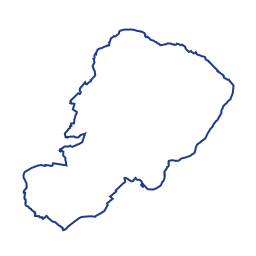 Prigoria, Gorj, Romania, rotated 177°
{"feature_id": "2599482B96975786265772", "entity_name": "Prigoria", "entity_type": "district", "adm_level": 2, "iso_a3": "ROU", "parent_name": "Romania", "parent_adm1": "Gorj", "projection": "albers", "projection_center": [23.699, 45.065], "detail": "fine", "context": "isolated", "style": "outline", "palette": "blue", "viewbox_px": 256, "rotation_deg": 177, "n_neighbors": 0, "source": "geoboundaries", "source_scale": "gbopen_adm2", "svg_char_len": 5787}
<svg xmlns="http://www.w3.org/2000/svg" viewBox="0 0 256 256"><g transform="rotate(177 128 128)"><path d="M130.9,225.6L131.6,224.8L132.2,222.9L132.6,222.4L135.7,220.3L136.4,220.1L137.3,220.5L137.5,220.2L138.5,219.4L140.1,218.7L140.8,217.3L141.4,215.6L141.8,215.0L142.3,214.6L142.0,214.4L142.0,213.9L142.5,212.1L142.4,211.9L142.8,211.3L144.3,211.3L144.5,211.5L145.2,210.9L147.5,210.4L149.5,209.4L153.2,208.5L154.5,207.5L154.7,206.7L155.3,205.9L155.9,204.9L155.8,204.2L156.0,203.3L156.7,203.8L157.7,202.3L157.8,201.6L157.7,200.5L157.8,199.6L158.1,199.2L158.9,198.8L158.3,197.8L158.4,196.9L158.1,195.8L158.3,194.6L160.1,192.0L159.9,190.6L159.2,189.0L159.2,188.0L158.5,187.2L158.3,186.5L158.1,185.5L158.2,184.5L158.0,183.5L158.0,182.2L160.5,179.7L161.6,178.8L162.1,177.9L162.7,177.7L162.4,177.1L162.5,176.9L165.7,174.9L166.9,173.7L167.6,174.0L167.7,174.3L168.1,174.5L168.1,175.1L168.4,175.9L172.5,171.4L173.7,170.3L173.9,169.9L174.1,169.3L174.2,167.8L174.2,167.5L173.5,166.7L173.3,166.0L173.9,164.8L174.4,164.4L175.1,164.9L176.0,165.2L183.9,158.3L184.1,157.9L183.7,157.6L183.6,157.3L184.4,155.8L183.3,155.3L181.1,155.3L180.7,154.9L180.2,154.7L182.1,149.5L178.2,146.5L178.6,145.0L179.6,143.8L180.4,141.1L181.2,139.3L181.2,138.0L181.8,135.3L183.6,135.6L184.6,135.5L184.8,135.1L184.4,133.0L185.9,132.9L185.7,131.2L186.3,130.7L187.3,130.4L188.6,128.6L191.4,125.8L190.8,122.1L189.1,122.3L189.0,121.6L187.3,122.3L182.3,122.4L181.5,121.6L181.1,121.5L179.7,121.2L178.0,121.3L177.7,121.4L176.7,122.7L176.2,122.8L175.8,123.4L173.8,124.0L172.1,124.2L171.2,124.6L174.5,116.1L174.8,115.9L175.7,115.7L177.8,114.5L178.7,114.2L179.0,114.3L180.4,113.8L181.2,113.2L182.9,112.8L184.1,112.2L184.7,112.2L185.9,112.6L186.3,112.8L186.7,113.4L188.4,112.6L190.4,112.6L190.9,112.9L191.9,112.9L192.6,112.7L193.8,111.7L194.4,111.6L194.5,111.2L194.9,110.9L195.7,110.5L196.6,110.5L196.9,110.4L197.6,108.9L197.0,108.1L196.3,108.1L195.4,108.7L193.8,107.7L194.1,104.0L193.8,103.2L193.1,102.8L192.1,101.4L192.2,99.1L191.8,97.4L191.7,95.1L191.4,93.9L204.6,96.7L205.0,95.2L205.7,94.3L206.1,94.2L207.5,94.3L209.1,94.8L212.5,95.4L212.6,94.6L213.7,94.6L216.9,95.6L220.4,95.1L224.7,93.6L226.1,93.3L233.6,89.4L234.8,86.3L234.9,85.3L234.6,82.9L233.7,81.9L233.1,79.7L232.4,78.8L232.3,75.7L232.2,74.9L232.5,74.3L232.3,73.8L232.7,73.0L233.4,72.7L234.3,71.6L235.2,70.8L235.4,70.3L235.6,69.4L235.5,68.9L234.6,69.1L234.0,68.7L234.6,66.9L234.6,66.0L234.8,65.5L234.9,64.6L235.2,64.4L234.9,63.8L235.0,62.9L234.7,62.2L234.2,62.1L234.3,61.8L234.1,61.5L233.9,60.4L234.3,59.4L234.0,59.0L234.4,58.6L234.3,58.1L234.4,56.8L233.7,55.7L231.5,54.6L231.1,54.1L231.0,53.5L230.4,52.9L229.7,52.7L229.0,52.2L228.9,51.8L228.4,51.0L225.4,48.8L225.8,48.2L225.0,47.6L225.4,45.7L225.1,45.6L225.3,45.0L223.0,44.6L221.6,44.8L221.3,44.2L220.6,43.3L219.5,43.5L218.4,43.3L218.6,42.9L217.8,41.7L215.4,43.1L214.1,44.5L213.1,43.9L212.7,42.5L211.2,41.4L209.3,39.3L207.8,38.4L206.0,37.9L205.0,37.2L204.7,36.7L203.6,35.7L203.0,35.4L202.7,34.7L201.9,34.1L200.8,33.8L200.2,32.8L199.4,32.2L198.6,32.0L198.6,30.5L198.4,30.1L198.3,30.3L197.8,30.1L197.5,29.5L196.9,29.6L194.9,30.7L193.3,32.5L186.7,37.1L181.4,40.6L179.4,41.4L176.7,41.7L171.5,41.8L169.7,41.8L165.3,41.1L165.2,41.6L158.7,44.8L156.1,46.3L153.8,49.6L153.1,51.2L152.2,52.1L152.3,52.3L152.5,52.3L152.7,54.0L147.0,58.1L149.5,60.6L147.0,62.2L146.2,63.0L143.4,64.9L143.1,65.2L143.6,66.2L135.5,73.1L134.1,73.9L133.5,74.7L133.6,75.0L134.2,78.1L133.0,78.3L132.8,78.2L131.0,77.2L130.2,76.3L128.6,75.6L128.1,74.8L127.9,74.7L126.4,74.6L125.3,75.0L125.2,75.2L125.3,75.5L125.1,75.8L123.7,76.9L123.2,77.8L122.7,77.4L122.4,76.6L121.4,75.7L119.4,75.7L118.7,75.4L118.5,75.0L117.2,73.9L117.2,73.2L116.1,71.4L116.8,70.7L117.3,71.2L117.9,70.5L116.7,68.9L116.2,68.5L115.3,69.9L115.0,70.0L112.0,66.4L111.2,65.8L105.9,65.2L102.3,66.5L101.1,67.3L98.5,68.7L96.8,71.6L96.6,72.4L95.2,73.4L95.0,73.8L94.5,75.4L94.2,76.0L94.2,76.3L93.9,77.1L94.0,77.3L94.1,78.4L93.8,78.6L93.7,79.4L94.0,79.7L94.1,80.0L93.7,80.9L93.9,81.1L93.9,81.4L94.1,81.9L93.8,82.7L93.0,83.7L92.5,84.0L92.4,84.4L92.0,84.7L91.7,85.6L91.1,86.1L91.0,86.9L90.4,87.2L89.9,87.3L89.1,88.5L89.3,89.2L89.3,89.7L89.5,90.4L89.4,90.8L89.1,91.2L89.3,92.1L88.9,93.0L88.5,93.0L86.8,93.5L84.4,93.3L82.4,92.7L79.2,92.7L78.2,93.2L77.3,94.2L76.3,94.7L71.9,95.6L67.2,97.0L65.5,98.2L63.1,99.5L62.5,100.5L62.4,101.4L62.0,102.1L61.2,105.3L60.5,106.7L59.9,107.6L59.2,108.3L56.5,109.9L55.5,110.9L51.7,113.2L50.7,114.7L48.7,118.5L47.2,120.5L46.2,122.3L43.2,125.2L43.0,126.3L40.7,129.2L39.7,130.3L38.5,131.0L37.7,132.0L36.7,134.0L35.4,135.7L33.9,138.3L33.8,140.6L32.4,142.8L31.9,144.4L30.6,145.9L28.3,147.6L27.0,149.3L24.1,151.5L23.7,152.9L22.6,154.9L21.5,157.6L20.4,164.8L20.9,165.5L21.0,165.8L24.6,170.5L24.6,170.8L25.3,170.7L29.5,173.2L29.7,174.7L29.9,174.8L29.7,175.2L29.7,175.4L31.1,176.6L31.8,177.0L34.4,179.3L34.7,179.1L35.6,180.0L35.2,180.3L42.5,188.7L43.2,189.4L43.6,189.6L44.0,190.1L43.9,190.4L44.2,190.9L45.8,191.6L47.0,192.6L47.1,193.4L47.0,194.3L48.4,195.4L49.9,195.6L53.1,197.1L54.7,197.6L55.4,198.1L56.3,200.2L57.2,199.3L58.2,199.1L58.7,199.3L59.5,199.9L60.8,201.0L60.9,201.5L63.3,200.8L63.6,201.3L65.0,202.6L66.3,204.2L66.6,206.1L67.4,206.6L67.5,206.9L68.2,207.4L68.8,207.5L69.1,208.0L69.8,208.5L71.2,207.9L73.5,209.4L74.1,209.4L74.6,209.7L75.8,208.6L76.6,208.7L77.1,208.5L77.4,209.0L79.5,209.2L80.0,209.8L80.8,210.1L83.8,210.4L84.4,210.3L85.3,209.7L91.4,209.0L92.5,210.3L94.3,211.3L95.4,212.3L96.6,212.8L97.7,213.8L100.6,214.8L102.7,217.2L103.1,217.2L103.2,217.7L103.9,218.1L104.2,218.2L104.8,217.8L105.2,217.8L106.1,218.9L106.2,219.3L105.9,219.7L105.8,220.3L106.3,220.9L106.4,221.7L107.8,222.7L109.0,223.3L109.7,223.4L110.1,223.8L113.1,224.3L117.6,225.9L120.6,226.3L121.9,226.2L126.8,226.5L127.3,226.4L128.7,225.9L130.9,225.6Z" fill="none" stroke="#1e3a8a" stroke-width="2"/></g></svg>